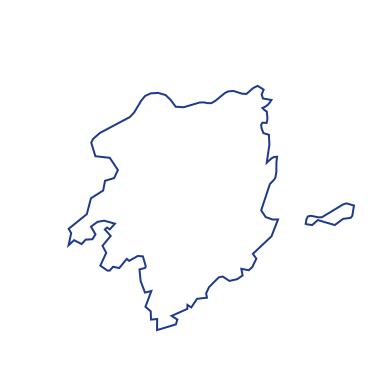 the border of Limburg, rotated 330°
{"feature_id": "BEL-3", "entity_name": "Limburg", "entity_type": "Province", "adm_level": 1, "iso_a3": "BEL", "parent_name": "Belgium", "parent_adm1": "", "projection": "robinson", "projection_center": [5.471, 50.993], "detail": "fine", "context": "isolated", "style": "outline", "palette": "blue", "viewbox_px": 384, "rotation_deg": 330, "n_neighbors": 0, "source": "natural_earth", "source_scale": "10m", "svg_char_len": 1884}
<svg xmlns="http://www.w3.org/2000/svg" viewBox="0 0 384 384"><g transform="rotate(330 192 192)"><path d="M222.2,111.1L227.1,114.4L243.3,118.3L247.2,120.4L250.0,122.9L253.1,124.7L258.0,124.7L270.0,122.7L273.7,123.0L278.4,125.2L284.4,131.8L288.2,134.3L297.0,132.6L301.9,132.9L304.4,137.5L305.2,139.2L301.1,142.4L300.2,146.5L306.8,152.0L304.1,153.4L301.2,154.4L298.1,154.7L295.0,154.5L295.7,157.1L296.2,158.2L297.0,159.6L294.8,164.6L293.3,167.2L291.1,169.5L287.7,167.2L285.4,168.4L284.0,171.9L283.3,176.7L287.2,180.9L282.7,189.7L271.4,204.0L277.8,202.6L280.5,202.7L283.3,204.0L280.0,208.4L275.1,216.8L271.4,221.2L270.0,222.1L266.7,223.1L263.4,224.1L242.7,242.5L243.3,250.6L248.0,256.1L252.8,258.8L238.7,270.1L213.8,276.0L214.4,281.9L206.6,287.2L202.0,288.1L196.3,283.2L194.1,289.6L187.6,290.1L179.9,287.7L176.4,280.6L172.5,279.3L159.2,282.9L153.5,286.9L152.1,291.0L142.9,287.0L133.7,291.6L131.6,287.5L129.5,290.9L112.4,289.1L115.5,295.1L111.9,298.6L92.7,294.1L98.3,284.6L92.7,282.0L96.6,274.7L94.3,268.1L107.3,257.4L101.0,255.6L103.0,243.4L107.8,232.8L113.4,234.3L114.8,233.2L117.3,223.2L113.1,220.3L103.1,220.2L102.1,217.3L91.0,221.5L86.2,217.3L81.4,218.9L79.5,217.8L75.8,209.9L87.3,201.8L87.6,193.8L99.6,189.4L97.8,180.9L100.6,180.3L102.1,183.2L109.4,180.9L101.6,172.9L95.2,170.6L87.2,171.5L87.2,180.5L82.1,183.1L76.1,180.1L70.4,181.9L65.8,174.8L58.5,176.4L66.8,167.2L66.8,162.2L89.8,158.6L101.4,146.9L115.8,146.3L122.3,138.8L131.6,141.0L138.8,135.9L137.9,121.3L126.2,112.7L129.4,98.9L132.8,96.6L141.8,94.8L175.7,96.0L181.7,94.2L193.7,87.5L199.3,85.4L205.5,85.9L212.3,89.3L217.6,94.8L219.6,101.8L220.5,110.0L222.2,111.1ZM280.1,271.1L283.0,272.0L288.9,277.2L291.9,278.8L316.8,278.3L320.1,279.1L325.5,284.7L318.9,292.8L316.4,293.7L309.4,290.8L299.1,292.0L286.9,279.2L279.5,280.7L275.2,277.3L274.5,276.4L277.6,272.7L280.1,271.1Z" fill="none" stroke="#1e3a8a" stroke-width="2"/></g></svg>